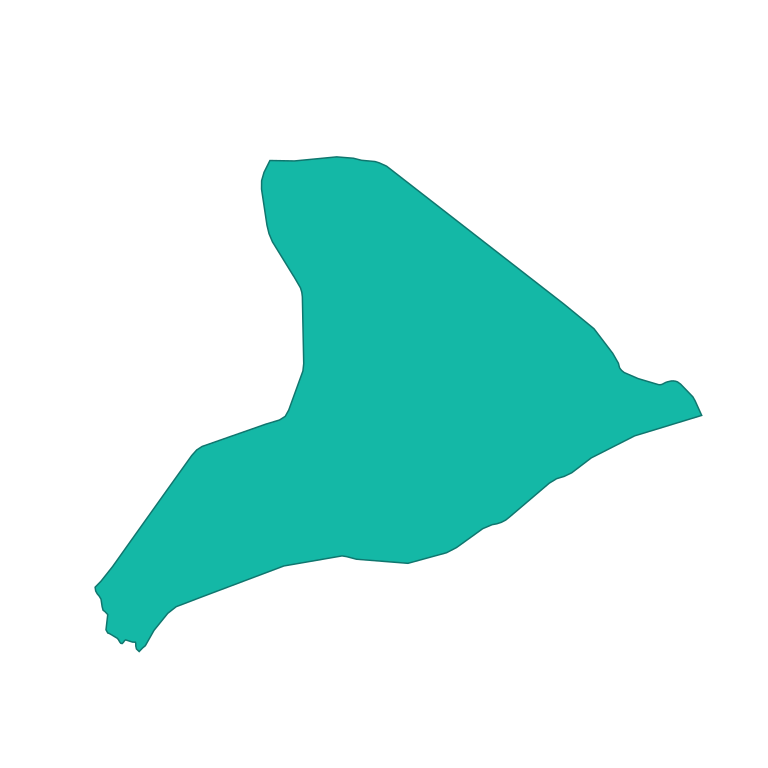 map outline of Hasaka (Al Haksa) (orthographic projection), rotated 173°
{"feature_id": "SYR-141", "entity_name": "Hasaka (Al Haksa)", "entity_type": "Province", "adm_level": 1, "iso_a3": "SYR", "parent_name": "Syria", "parent_adm1": "", "projection": "orthographic", "projection_center": [41.143, 36.439], "detail": "fine", "context": "isolated", "style": "filled", "palette": "teal", "viewbox_px": 768, "rotation_deg": 173, "n_neighbors": 0, "source": "natural_earth", "source_scale": "10m", "svg_char_len": 1507}
<svg xmlns="http://www.w3.org/2000/svg" viewBox="0 0 768 768"><g transform="rotate(173 384 384)"><path d="M659.6,148.3L662.0,151.2L662.3,154.2L662.0,156.9L662.2,158.0L665.1,158.5L671.6,161.5L672.8,160.9L674.1,159.4L675.5,158.3L676.8,158.7L677.7,160.1L678.8,162.7L679.7,164.1L687.0,169.8L688.5,170.5L689.9,173.9L686.3,188.8L688.7,192.1L690.4,193.7L690.9,197.4L691.1,204.9L692.5,208.1L694.2,210.7L695.4,213.7L695.5,217.5L695.4,217.6L689.0,222.7L675.6,235.9L653.9,259.7L611.9,305.6L583.5,336.5L577.9,341.4L572.1,344.2L506.1,358.6L492.2,361.0L486.0,363.9L481.7,369.8L462.9,406.8L461.2,414.0L454.4,480.5L454.4,485.0L455.2,489.6L460.7,502.5L460.8,502.5L477.4,538.7L479.8,547.2L480.8,555.9L481.8,592.4L480.7,600.7L477.3,608.7L470.0,619.7L469.9,619.7L445.7,616.3L403.3,615.2L386.8,611.8L379.1,608.8L365.8,605.9L361.8,604.1L354.9,599.9L195.2,440.9L168.8,413.2L153.2,386.5L148.8,376.0L148.4,372.6L148.2,371.5L147.9,370.7L146.5,368.5L144.2,366.1L131.1,358.4L111.6,349.9L110.6,349.7L109.5,349.6L108.6,349.7L107.7,349.9L104.3,351.2L102.5,351.6L98.6,352.0L96.4,351.8L94.2,351.2L92.4,350.3L89.6,347.7L79.0,333.6L77.2,329.2L72.5,314.1L141.5,302.0L187.3,285.4L208.5,273.0L216.2,270.4L224.2,269.0L232.1,265.4L247.4,255.3L275.6,236.7L279.8,234.1L284.4,232.4L289.0,231.5L293.8,231.2L303.6,228.4L332.0,212.8L342.5,208.9L382.1,203.1L432.6,213.4L442.1,217.2L446.6,218.5L505.6,215.6L593.6,194.2L617.4,188.3L626.6,182.7L642.3,167.5L652.8,153.3L655.8,151.4L659.6,148.3Z" fill="#14b8a6" stroke="#0f766e" stroke-width="1.5"/></g></svg>